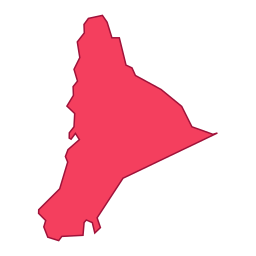 map outline of Morona Santiago (Equal Earth projection)
{"feature_id": "ECU-1285", "entity_name": "Morona Santiago", "entity_type": "Province", "adm_level": 1, "iso_a3": "ECU", "parent_name": "Ecuador", "parent_adm1": "", "projection": "equal_earth", "projection_center": [-78.23, -2.513], "detail": "coarse", "context": "isolated", "style": "filled", "palette": "rose", "viewbox_px": 256, "rotation_deg": 0, "n_neighbors": 0, "source": "natural_earth", "source_scale": "10m", "svg_char_len": 669}
<svg xmlns="http://www.w3.org/2000/svg" viewBox="0 0 256 256"><path d="M217.4,133.0L123.0,178.2L97.1,217.8L100.4,227.6L94.8,233.0L92.3,222.6L86.3,220.0L84.1,222.5L83.0,235.3L61.8,236.4L58.7,240.6L47.8,237.2L43.8,226.9L45.7,220.5L38.6,213.4L38.7,209.7L59.7,188.8L67.7,162.1L65.4,156.5L68.0,149.6L79.4,139.6L75.4,133.4L71.1,139.2L69.2,138.1L69.3,132.8L74.0,126.8L74.7,113.5L66.9,106.1L73.4,95.4L73.1,86.6L77.5,81.1L74.0,69.3L79.8,57.6L77.3,41.9L84.3,32.9L84.0,24.4L88.4,18.4L102.4,15.4L107.1,22.2L111.9,37.8L119.3,37.8L126.0,65.1L132.0,67.9L135.4,75.5L161.1,89.5L181.7,106.4L191.9,126.8L212.9,134.3L217.4,133.0Z" fill="#f43f5e" stroke="#9f1239" stroke-width="1.5"/></svg>